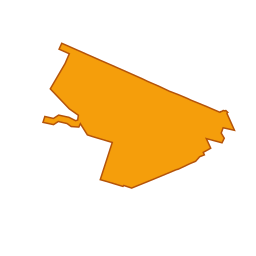 outline of Carroll, New Hampshire, United States of America, rotated 296°
{"feature_id": "52423323B18021300180262", "entity_name": "Carroll", "entity_type": "district", "adm_level": 2, "iso_a3": "USA", "parent_name": "United States of America", "parent_adm1": "New Hampshire", "projection": "natural_earth1", "projection_center": [-71.154, 43.884], "detail": "fine", "context": "isolated", "style": "filled", "palette": "amber", "viewbox_px": 256, "rotation_deg": 296, "n_neighbors": 0, "source": "geoboundaries", "source_scale": "gbopen_adm2", "svg_char_len": 1070}
<svg xmlns="http://www.w3.org/2000/svg" viewBox="0 0 256 256"><g transform="rotate(296 128 128)"><path d="M179.3,150.1L179.2,150.0L179.1,138.7L178.7,129.5L178.5,125.0L178.5,120.1L177.4,90.0L176.9,77.5L176.7,73.3L175.5,40.8L175.4,37.6L175.1,31.3L168.6,31.5L169.0,42.7L158.3,43.2L129.1,41.0L119.5,66.8L117.7,77.8L113.1,79.3L111.6,77.7L111.7,70.2L109.2,60.0L103.9,56.8L101.9,48.2L97.9,48.8L95.8,49.1L98.4,59.6L103.3,62.5L105.3,71.3L104.4,76.3L107.3,83.4L111.0,83.3L104.0,94.5L104.7,99.6L108.1,120.2L69.4,125.7L70.2,130.1L73.3,149.1L74.5,149.4L75.6,157.6L93.2,173.4L111.4,189.4L111.5,189.5L113.1,191.3L123.0,199.2L127.8,203.4L133.6,205.0L137.3,208.4L139.1,206.3L146.1,211.2L152.8,203.0L155.9,219.0L161.0,219.0L164.3,214.0L169.9,213.4L172.6,224.7L184.4,210.6L185.6,210.5L185.8,210.7L186.6,208.3L186.4,208.0L186.1,207.9L185.8,207.5L185.6,206.2L185.4,205.8L184.5,205.4L183.2,204.0L182.9,204.1L182.4,203.7L181.9,193.0L181.8,190.4L180.6,172.1L180.6,171.9L180.6,169.5L180.6,168.7L180.1,159.5L179.3,150.1L179.3,150.1Z" fill="#f59e0b" stroke="#b45309" stroke-width="1.5"/></g></svg>